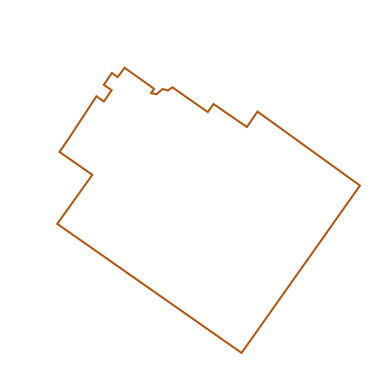 Jim Hogg, Texas, United States of America (Natural Earth projection), rotated 305°
{"feature_id": "52423323B38410477009705", "entity_name": "Jim Hogg", "entity_type": "district", "adm_level": 2, "iso_a3": "USA", "parent_name": "United States of America", "parent_adm1": "Texas", "projection": "natural_earth1", "projection_center": [-98.61, 27.071], "detail": "fine", "context": "isolated", "style": "outline", "palette": "amber", "viewbox_px": 384, "rotation_deg": 305, "n_neighbors": 0, "source": "geoboundaries", "source_scale": "gbopen_adm2", "svg_char_len": 441}
<svg xmlns="http://www.w3.org/2000/svg" viewBox="0 0 384 384"><g transform="rotate(305 192 192)"><path d="M88.6,324.9L293.6,325.9L295.4,199.5L276.7,199.7L276.4,159.1L266.5,159.1L266.5,115.9L261.4,114.1L259.5,108.9L251.6,106.7L249.6,101.8L254.8,101.8L255.1,65.5L243.5,65.3L243.5,58.1L229.2,58.3L229.3,67.8L215.6,67.9L215.6,58.8L167.2,60.3L148.8,60.5L148.9,100.5L88.6,99.9L88.6,324.9Z" fill="none" stroke="#b45309" stroke-width="2"/></g></svg>